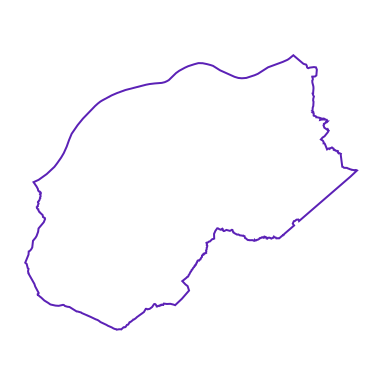 the district of Gjøvik nor, Oppland, Norway, rotated 272°
{"feature_id": "86288312B91511415851123", "entity_name": "Gjøvik nor", "entity_type": "district", "adm_level": 2, "iso_a3": "NOR", "parent_name": "Norway", "parent_adm1": "Oppland", "projection": "orthographic", "projection_center": [10.396, 60.872], "detail": "fine", "context": "isolated", "style": "outline", "palette": "violet", "viewbox_px": 384, "rotation_deg": 272, "n_neighbors": 0, "source": "geoboundaries", "source_scale": "gbopen_adm2", "svg_char_len": 5953}
<svg xmlns="http://www.w3.org/2000/svg" viewBox="0 0 384 384"><g transform="rotate(272 192 192)"><path d="M196.3,33.3L192.0,36.5L189.6,37.9L188.7,38.0L187.3,38.8L187.2,39.1L187.2,39.7L186.4,40.6L186.1,40.4L185.5,41.0L185.0,40.9L184.9,40.4L184.5,40.1L183.8,40.6L182.5,40.9L181.4,40.3L180.6,40.6L180.1,40.2L178.7,39.9L177.9,39.2L177.4,39.2L176.7,38.4L176.1,38.4L175.1,39.1L172.8,38.2L172.4,38.4L171.5,37.4L170.5,37.6L169.7,38.3L169.4,39.0L168.6,39.0L166.6,40.2L166.5,40.6L166.1,40.8L163.8,43.5L161.8,44.0L161.7,44.4L161.3,44.7L161.0,45.7L159.9,46.1L156.6,44.9L150.2,39.9L146.9,39.6L142.6,38.2L140.8,37.2L137.7,34.8L131.1,34.3L129.6,33.6L128.3,32.7L127.2,31.6L126.9,30.9L123.7,30.8L115.5,27.8L114.3,29.3L110.2,30.5L109.5,31.3L107.2,30.9L106.1,31.1L105.1,31.6L104.9,31.4L94.6,37.7L92.1,38.6L85.7,42.3L84.5,41.3L83.7,41.5L83.8,41.9L83.6,42.1L82.5,43.2L81.2,45.0L78.4,48.2L76.0,52.4L74.9,54.0L74.6,54.7L73.7,59.6L73.6,62.8L74.7,67.0L74.6,67.8L73.6,69.1L73.0,71.5L72.8,73.6L68.6,80.9L68.6,81.8L67.7,85.4L67.2,86.0L63.5,95.4L61.4,100.2L60.8,102.1L59.6,104.1L58.9,104.9L56.2,111.2L55.4,112.6L53.9,116.5L52.9,118.3L52.3,120.1L52.3,120.9L51.8,121.5L52.3,124.0L52.3,125.7L52.2,126.1L54.4,128.3L54.6,129.0L54.4,129.5L54.8,130.3L56.9,131.6L57.3,132.9L59.6,134.1L59.5,134.4L60.4,135.6L62.2,137.7L62.5,137.8L62.6,138.5L63.7,140.0L65.2,141.5L70.3,148.1L73.6,149.9L73.6,150.9L73.2,151.6L73.7,153.7L75.7,156.2L78.5,157.9L78.8,158.8L78.4,159.5L77.0,160.5L76.3,160.7L76.3,161.2L77.0,162.1L76.9,162.4L77.2,162.9L77.3,163.6L77.2,163.7L77.7,164.1L77.6,164.4L78.1,164.9L78.0,165.1L78.2,165.4L78.0,165.6L78.4,166.2L78.1,166.7L78.1,167.2L79.5,167.8L79.2,170.8L79.5,174.2L78.8,177.6L78.3,179.1L84.9,185.6L93.4,192.5L97.8,190.9L99.4,188.7L102.6,185.4L106.2,189.6L106.8,190.0L107.2,190.9L107.6,191.2L108.7,191.5L109.4,192.1L112.1,193.3L112.6,193.9L113.8,194.2L114.5,194.8L114.5,195.0L116.3,195.9L117.0,196.7L117.8,196.9L118.1,197.1L118.1,197.4L118.8,197.5L119.4,198.4L119.8,198.3L120.6,198.9L121.1,198.9L121.8,199.5L122.8,199.6L123.2,200.0L123.6,200.1L123.9,200.6L123.8,201.0L124.0,201.3L123.8,201.5L125.0,202.5L125.0,202.8L126.5,203.4L127.4,204.2L128.8,204.2L129.2,204.8L129.6,204.9L129.5,205.3L129.9,205.9L130.8,205.9L130.9,206.2L130.8,206.7L131.3,207.0L131.3,207.4L131.5,207.6L131.4,208.0L131.6,208.3L132.2,208.1L133.3,208.4L134.1,208.1L135.5,208.7L136.8,208.6L137.5,209.0L138.8,209.2L139.4,208.6L140.2,208.8L141.7,208.2L141.9,208.5L141.7,209.0L143.0,210.6L143.2,211.6L145.5,213.8L145.7,214.3L145.7,214.7L146.2,215.8L150.9,215.5L154.1,216.8L156.6,218.5L156.5,219.4L155.7,220.7L155.6,221.4L155.3,221.9L155.4,222.6L156.0,223.0L156.4,223.6L155.9,224.1L154.8,224.2L154.1,225.0L154.2,225.7L155.3,227.7L154.5,231.2L154.8,231.9L155.6,233.1L155.5,233.7L153.2,234.6L153.2,235.0L152.4,235.6L151.8,237.0L151.1,238.2L151.0,238.9L151.2,239.6L151.0,240.2L150.4,241.2L150.3,242.4L150.2,242.8L150.2,243.5L150.0,244.2L150.2,244.8L149.7,245.4L149.7,246.0L147.8,246.7L147.8,247.1L146.4,248.8L145.9,249.7L146.0,250.6L145.8,251.4L146.0,254.0L145.4,255.7L146.4,256.2L145.7,256.8L145.7,257.5L146.3,258.0L146.4,258.8L146.6,259.0L146.7,259.6L147.1,260.3L147.6,260.9L148.2,261.2L148.4,261.6L148.2,261.8L148.3,262.3L149.2,263.5L149.1,263.8L149.3,264.4L148.8,264.7L148.7,265.2L148.8,265.6L149.2,266.0L149.8,266.1L149.6,266.5L149.7,266.8L149.3,267.7L148.5,267.9L148.6,268.4L148.0,268.8L148.2,269.1L148.9,269.6L149.1,270.9L148.8,271.5L148.8,271.9L148.2,272.8L148.2,273.1L149.1,274.2L149.0,274.6L149.1,274.9L150.1,275.4L149.7,275.7L149.7,276.2L149.4,276.8L149.4,277.3L148.6,277.9L148.8,279.0L148.7,279.2L148.7,279.9L148.9,280.2L148.8,280.8L151.4,283.6L151.7,284.3L152.3,284.4L152.5,285.3L153.2,285.6L162.1,295.2L163.9,293.8L166.4,294.8L166.6,295.8L168.0,297.4L168.1,298.6L168.2,299.3L167.9,299.6L166.7,300.0L212.9,349.8L219.3,356.2L219.6,355.6L219.5,355.2L219.7,354.7L219.4,353.5L219.6,353.1L219.5,352.6L219.8,351.2L219.7,350.9L220.1,350.1L220.1,349.5L220.5,348.7L220.5,348.3L220.8,347.9L221.1,346.7L221.5,346.0L221.5,343.1L222.4,341.9L222.5,341.3L234.6,339.3L235.3,339.5L236.0,337.9L235.7,337.3L235.9,337.1L236.7,336.3L237.9,336.5L238.0,336.3L238.2,335.6L238.1,335.0L238.2,334.5L238.3,334.1L238.7,333.9L239.0,333.3L238.8,332.7L239.1,332.1L240.3,332.0L240.6,331.4L241.4,330.3L240.0,328.1L240.4,328.0L240.1,327.2L240.2,326.7L239.3,325.5L244.5,323.2L245.2,322.7L245.2,321.8L246.3,321.8L247.1,321.5L247.9,320.9L249.0,319.0L251.0,320.6L252.3,322.5L256.4,325.6L258.0,326.4L258.3,325.7L259.0,325.8L259.6,325.4L259.1,324.8L260.9,322.0L263.3,321.1L264.1,321.7L264.8,321.5L265.9,323.3L266.5,323.4L266.5,324.4L267.3,325.1L267.3,324.5L267.7,324.0L268.0,324.0L268.5,324.3L268.8,324.2L268.8,323.6L270.0,321.2L269.9,320.4L269.4,320.6L269.6,320.0L269.0,319.9L269.1,319.2L269.5,318.9L269.9,319.2L270.0,318.8L269.8,318.7L269.7,318.3L268.8,318.5L268.5,317.5L269.5,317.7L270.5,317.3L271.1,314.1L271.0,313.6L271.8,313.3L272.4,311.8L272.4,311.2L272.6,310.9L275.0,310.9L275.6,309.8L275.8,310.1L276.5,310.3L277.3,309.2L277.7,309.6L280.6,309.7L282.1,310.2L286.5,310.3L287.4,309.9L289.3,309.9L291.7,310.5L292.6,309.9L294.7,309.1L294.9,309.6L295.1,309.6L300.0,309.8L301.8,309.6L305.5,308.5L307.5,308.3L308.5,308.8L309.9,308.7L311.3,308.1L311.5,308.1L311.7,310.8L312.8,312.2L318.7,312.5L320.9,311.5L321.1,309.5L320.4,305.2L319.8,304.0L319.9,303.5L320.5,302.7L322.4,302.2L323.3,301.6L323.9,299.2L324.3,298.5L332.2,288.5L328.9,284.8L327.5,282.9L325.2,278.2L319.3,263.7L312.4,253.7L310.9,250.5L307.9,242.3L307.6,239.7L307.4,237.8L307.6,234.3L308.6,230.5L314.6,215.8L318.8,208.6L319.5,206.2L320.3,202.7L321.1,198.0L321.0,193.8L319.8,189.9L317.6,183.8L316.0,180.6L312.7,175.0L310.3,171.9L303.0,164.9L301.9,163.1L300.8,160.9L300.0,158.0L299.2,151.0L298.4,145.8L297.6,142.3L291.6,121.9L288.3,113.7L285.8,108.4L280.5,99.3L279.2,97.3L277.2,94.9L274.6,92.2L261.6,80.5L254.9,75.4L246.0,69.7L239.6,67.3L233.0,65.2L226.4,62.5L221.8,60.0L215.8,56.1L212.3,53.6L204.8,46.1L198.8,38.3L196.3,33.3Z" fill="none" stroke="#5b21b6" stroke-width="2"/></g></svg>